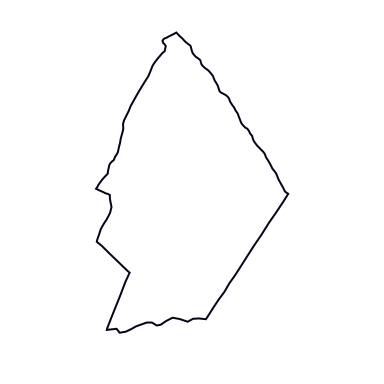 the district of Ali Al-Gharbi, Maysan, Iraq, rotated 12°
{"feature_id": "34846034B45052357299579", "entity_name": "Ali Al-Gharbi", "entity_type": "district", "adm_level": 2, "iso_a3": "IRQ", "parent_name": "Iraq", "parent_adm1": "Maysan", "projection": "equal_earth", "projection_center": [46.697, 32.421], "detail": "fine", "context": "isolated", "style": "outline", "palette": "ink", "viewbox_px": 384, "rotation_deg": 12, "n_neighbors": 0, "source": "geoboundaries", "source_scale": "gbopen_adm2", "svg_char_len": 2403}
<svg xmlns="http://www.w3.org/2000/svg" viewBox="0 0 384 384"><g transform="rotate(12 192 192)"><path d="M286.5,173.8L286.2,173.6L284.6,173.1L282.7,172.0L280.2,168.8L276.0,164.0L273.9,161.6L271.9,158.5L270.3,156.2L266.8,153.2L265.6,152.2L262.8,148.6L259.9,145.4L257.3,142.8L256.2,141.1L255.3,139.7L253.5,138.0L250.0,135.7L246.2,133.2L243.3,130.7L241.7,129.1L240.2,126.8L239.2,124.7L237.8,123.6L236.4,122.5L235.6,121.1L234.4,119.9L233.0,118.6L230.6,117.9L227.6,115.8L226.0,114.4L225.2,113.3L224.4,112.1L223.4,110.5L222.0,108.4L220.2,105.5L217.8,103.4L215.6,100.6L213.4,98.6L211.0,96.3L208.8,93.1L208.0,92.1L207.2,91.5L205.2,90.3L201.6,89.2L199.6,88.7L198.1,87.8L197.0,86.0L195.2,82.8L192.8,80.0L191.3,78.6L189.8,76.5L188.4,74.2L185.4,71.7L183.7,70.4L181.7,69.2L179.4,68.3L177.4,67.1L176.1,66.4L174.5,64.8L173.6,63.0L172.7,61.4L171.6,60.7L169.7,59.8L167.5,58.9L165.5,57.5L163.7,55.9L162.3,53.6L161.2,51.3L160.4,49.7L159.6,49.0L157.5,48.1L153.9,46.2L150.0,43.4L147.9,42.3L143.5,39.3L141.6,41.0L140.2,42.1L139.5,42.7L136.8,44.8L134.9,46.5L133.5,47.3L132.5,48.4L132.1,49.0L131.7,50.3L132.4,51.3L133.0,52.4L134.3,53.0L135.5,54.3L136.0,54.7L136.0,57.4L136.0,59.5L135.9,60.2L134.4,61.9L130.9,68.2L128.7,72.8L127.9,74.7L127.1,77.2L126.2,82.7L125.2,87.8L123.0,93.7L119.8,102.7L117.6,109.4L114.1,120.8L113.2,126.1L110.6,136.2L110.4,140.0L111.1,142.3L111.6,144.4L111.7,146.1L111.2,154.3L111.4,159.2L111.2,163.4L111.2,168.3L110.6,170.8L109.6,173.1L108.8,177.1L107.4,178.8L106.1,180.9L105.5,183.0L105.5,183.6L105.5,187.2L105.5,189.6L105.8,191.5L104.5,193.6L103.1,195.9L101.5,198.8L100.9,200.1L99.0,204.3L98.3,206.9L97.5,208.8L102.6,210.0L105.8,210.7L107.8,211.3L109.8,211.3L112.3,212.1L113.1,215.7L115.0,220.2L116.4,223.5L116.2,229.4L114.3,236.4L112.3,241.5L111.1,245.3L110.5,247.2L109.9,253.3L109.2,258.6L109.2,260.5L114.6,263.2L123.4,268.9L133.7,275.3L140.7,279.7L145.1,282.4L147.8,283.9L145.6,293.4L143.2,308.9L139.8,328.3L138.1,338.7L137.4,342.9L137.4,344.6L141.2,343.3L146.7,341.5L150.5,344.7L156.1,342.5L160.6,339.1L165.4,334.9L170.6,331.7L174.9,329.1L179.9,328.0L185.3,329.9L189.0,328.3L193.6,323.5L197.9,320.0L199.2,319.0L206.3,318.8L214.7,319.8L219.4,315.8L224.8,314.3L232.1,313.5L234.3,307.7L237.3,299.7L240.3,292.1L244.6,282.6L247.6,273.3L251.2,265.1L255.3,254.3L258.7,245.1L263.6,232.1L269.2,218.4L273.7,206.0L278.4,194.9L283.2,182.8L286.5,173.8Z" fill="none" stroke="#020617" stroke-width="2"/></g></svg>